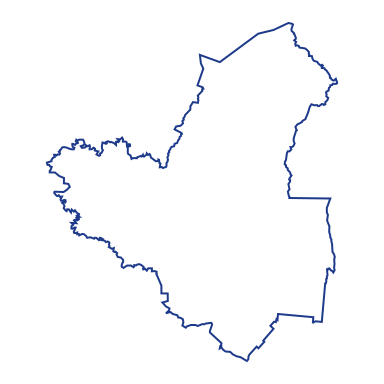 Barossa, South Australia, Australia
{"feature_id": "25037944B31531764292735", "entity_name": "Barossa", "entity_type": "district", "adm_level": 2, "iso_a3": "AUS", "parent_name": "Australia", "parent_adm1": "South Australia", "projection": "albers", "projection_center": [138.893, -34.613], "detail": "fine", "context": "isolated", "style": "outline", "palette": "blue", "viewbox_px": 384, "rotation_deg": 0, "n_neighbors": 0, "source": "geoboundaries", "source_scale": "gbopen_adm2", "svg_char_len": 5919}
<svg xmlns="http://www.w3.org/2000/svg" viewBox="0 0 384 384"><path d="M246.8,361.0L248.3,359.3L248.5,356.5L249.3,354.7L256.6,346.6L258.4,348.3L264.3,341.8L263.2,340.7L273.5,328.8L270.4,325.8L274.1,321.7L275.8,322.1L276.5,319.1L277.5,320.0L278.0,314.0L313.3,317.2L312.9,322.5L312.4,323.0L315.5,321.3L321.8,321.9L325.2,283.4L325.8,283.4L326.3,281.6L326.2,279.0L326.9,278.5L326.8,276.8L327.5,275.3L327.0,269.4L328.1,269.4L328.2,268.6L329.4,268.4L331.1,270.5L332.3,270.9L333.3,272.5L334.6,270.2L334.1,267.8L334.5,264.0L334.2,259.3L334.8,257.0L334.0,254.1L332.5,252.0L332.1,244.2L331.3,241.1L331.5,239.9L330.2,237.2L330.3,235.7L329.2,232.0L329.4,226.4L327.1,220.6L327.9,214.7L326.9,212.8L326.8,208.1L330.3,198.5L289.3,198.0L289.3,196.3L288.8,195.9L287.9,191.5L289.5,189.3L288.4,184.1L290.1,181.5L290.1,180.1L289.4,179.9L289.1,179.1L291.5,175.4L290.4,174.3L290.3,172.9L289.4,171.6L287.8,170.0L287.7,168.3L286.0,166.9L286.0,165.2L284.7,164.4L285.0,161.7L286.0,159.9L286.9,153.2L287.8,151.3L289.5,151.3L291.3,149.5L290.5,147.1L291.5,147.2L293.3,146.2L294.6,143.5L293.6,140.5L293.8,137.9L296.2,130.3L296.7,130.2L295.4,126.9L297.3,124.5L301.9,122.1L302.4,121.0L305.4,119.1L308.2,112.2L309.6,107.2L311.4,104.3L314.5,105.3L317.2,105.1L317.9,106.0L319.1,106.1L321.9,104.0L323.1,104.2L323.8,105.0L325.3,104.3L325.3,102.2L327.5,100.0L328.2,97.9L326.3,96.3L326.6,94.1L326.0,92.9L326.4,91.7L328.6,90.5L328.9,87.9L329.9,87.2L330.3,85.3L332.2,85.0L332.7,83.8L336.0,83.9L337.1,83.2L337.0,82.2L335.8,78.8L334.0,80.5L333.3,80.5L331.5,79.5L331.1,78.2L329.9,77.8L329.8,75.4L326.4,70.4L325.1,69.6L324.4,68.2L321.8,68.0L321.8,67.1L322.9,65.6L322.0,64.8L320.8,65.6L318.3,63.6L317.4,62.0L313.6,60.6L312.5,58.8L311.9,56.1L309.0,56.0L309.3,54.4L308.8,54.1L308.9,52.0L306.9,49.8L305.0,48.4L299.5,47.6L298.7,45.9L297.0,45.3L295.7,45.7L295.2,43.6L296.2,42.0L294.2,40.3L295.7,39.0L295.9,38.0L294.4,34.1L293.9,33.9L294.0,33.1L291.7,31.0L291.4,29.2L293.0,24.5L292.4,23.9L288.4,23.0L273.4,30.0L258.2,33.7L219.8,62.1L199.9,54.9L200.9,63.4L203.3,68.7L197.5,85.4L202.7,87.3L203.4,88.8L202.1,89.3L202.3,90.9L197.8,95.6L198.4,97.7L197.9,98.9L198.4,100.1L197.9,102.8L193.0,102.1L190.4,106.3L190.3,109.6L185.2,114.9L184.5,117.0L183.3,118.3L183.8,119.7L182.4,121.0L183.0,123.3L180.7,125.7L176.1,126.5L174.6,129.4L181.6,133.0L181.9,133.9L181.2,134.1L180.8,136.2L179.7,136.9L179.3,139.1L178.4,139.8L177.1,143.0L174.6,143.8L174.1,146.3L171.9,146.7L170.7,147.7L170.4,149.1L168.9,151.1L169.3,152.1L168.0,153.6L168.5,155.1L167.4,157.5L168.0,159.7L167.4,161.9L166.5,163.0L166.5,166.0L166.1,166.9L162.9,168.0L162.0,167.1L159.8,167.3L160.4,163.5L159.4,162.9L159.0,159.8L158.4,159.6L158.7,161.1L155.7,161.1L150.9,157.5L150.1,154.7L149.5,154.0L148.0,155.0L146.8,153.4L146.5,154.6L144.0,156.6L143.4,156.3L142.9,154.7L141.6,156.5L140.7,156.0L137.3,157.2L137.0,158.2L133.0,158.1L131.5,158.9L130.5,155.4L128.3,154.1L127.8,152.9L127.8,146.9L130.1,146.0L130.1,145.0L129.7,144.2L128.9,144.1L127.0,145.8L126.7,142.4L125.8,141.6L122.9,141.6L123.0,139.2L122.1,137.6L120.2,139.4L117.6,139.1L119.2,141.2L118.3,142.2L116.6,141.5L116.0,141.9L116.0,144.9L114.3,143.3L111.2,141.9L110.1,142.3L108.1,141.2L106.0,142.1L106.8,143.1L106.1,143.8L102.5,142.5L101.8,146.5L102.2,149.2L102.9,150.2L101.5,152.9L100.1,153.5L100.1,155.3L99.0,155.8L96.5,154.5L98.3,151.4L94.8,150.5L94.6,150.0L95.1,148.8L94.2,148.0L93.4,147.7L91.7,149.2L89.6,149.3L89.9,145.9L89.6,145.3L87.4,146.2L85.9,145.2L86.0,146.3L85.4,147.4L81.9,147.9L80.8,146.1L83.4,145.3L84.5,143.9L84.3,142.3L83.1,139.7L79.3,139.6L77.7,140.5L76.3,139.7L75.8,141.1L77.8,142.4L77.8,143.1L76.0,143.5L75.1,144.9L72.9,143.8L72.2,144.1L72.7,146.9L74.4,147.8L73.7,149.4L70.7,149.2L66.3,147.5L63.6,147.1L62.0,147.6L60.9,149.5L59.7,150.3L59.8,151.3L58.9,151.8L60.0,153.2L59.4,154.6L57.5,154.4L56.6,155.5L55.1,154.7L54.1,154.8L54.8,157.0L52.7,158.0L51.4,160.3L51.5,161.2L46.9,162.6L47.5,164.9L49.2,164.9L50.1,166.5L51.7,166.8L50.8,169.6L49.8,170.7L49.7,172.4L55.0,172.5L59.2,176.0L64.0,178.0L63.9,183.3L68.3,183.9L69.8,186.9L66.7,189.9L63.6,192.0L55.0,191.7L54.5,191.8L54.2,192.9L56.6,195.8L57.6,196.1L58.8,195.2L59.9,196.8L62.0,196.6L60.5,199.4L60.9,200.5L62.4,200.8L64.1,199.9L65.5,200.2L65.7,201.7L65.2,202.5L63.4,201.8L62.1,202.8L63.4,203.7L64.5,206.1L63.7,208.1L65.4,210.3L66.6,211.1L67.2,209.3L68.8,209.4L71.0,212.5L71.7,209.6L73.9,211.6L75.0,210.3L77.0,213.0L79.1,214.1L79.1,214.7L77.2,215.5L79.2,216.8L76.9,216.9L76.2,217.7L76.4,218.2L78.8,218.4L78.9,219.4L77.1,220.4L74.5,219.9L74.0,220.3L76.3,223.2L71.4,222.9L73.2,224.8L71.4,226.4L71.5,228.6L72.3,228.8L74.8,227.5L75.6,227.6L73.8,231.8L74.0,232.8L75.3,233.1L77.2,232.5L77.2,234.2L78.8,234.0L79.2,235.4L82.0,234.0L83.7,234.1L86.1,235.9L87.1,237.8L90.5,237.3L94.2,238.7L94.9,237.7L96.2,237.8L99.0,240.2L99.8,239.7L99.3,239.0L99.7,237.9L100.4,237.8L102.8,239.1L101.9,240.1L104.7,240.7L105.8,242.1L107.4,241.5L108.7,241.9L109.5,242.9L108.9,244.4L109.5,245.9L108.8,247.0L111.9,248.8L113.8,248.1L113.3,251.3L114.5,252.0L115.5,251.7L117.2,253.1L116.5,254.5L117.8,257.0L120.9,257.5L123.2,260.0L123.1,262.1L122.2,263.3L121.6,265.6L121.7,266.7L123.5,267.9L127.0,265.6L130.8,265.5L133.5,267.2L134.1,266.6L134.3,265.1L136.1,265.4L137.5,264.4L139.1,264.2L141.0,264.8L143.7,267.0L143.8,267.8L143.0,268.6L143.3,269.4L145.1,268.8L146.8,270.6L148.2,268.3L151.9,268.3L151.9,271.3L154.6,271.1L156.6,271.7L156.3,273.7L156.7,273.8L156.6,274.4L161.4,285.7L161.4,293.4L167.7,293.5L167.8,301.0L162.4,302.5L166.0,306.5L169.5,308.4L168.9,310.6L165.9,313.3L170.4,312.0L172.8,314.0L177.3,315.2L178.2,317.5L179.6,317.5L182.8,319.1L183.4,322.2L182.4,325.6L185.8,327.7L186.7,326.5L190.9,325.0L195.6,325.0L197.6,326.0L202.3,324.1L204.2,324.3L205.5,323.6L211.2,322.8L211.9,323.7L212.0,324.9L209.9,330.9L209.9,332.5L221.5,343.2L221.0,345.0L221.3,345.7L220.2,346.1L219.8,348.4L221.3,347.4L223.3,349.9L225.6,351.5L230.2,351.9L232.9,354.4L236.6,356.3L240.6,357.2L246.8,361.0Z" fill="none" stroke="#1e3a8a" stroke-width="2"/></svg>